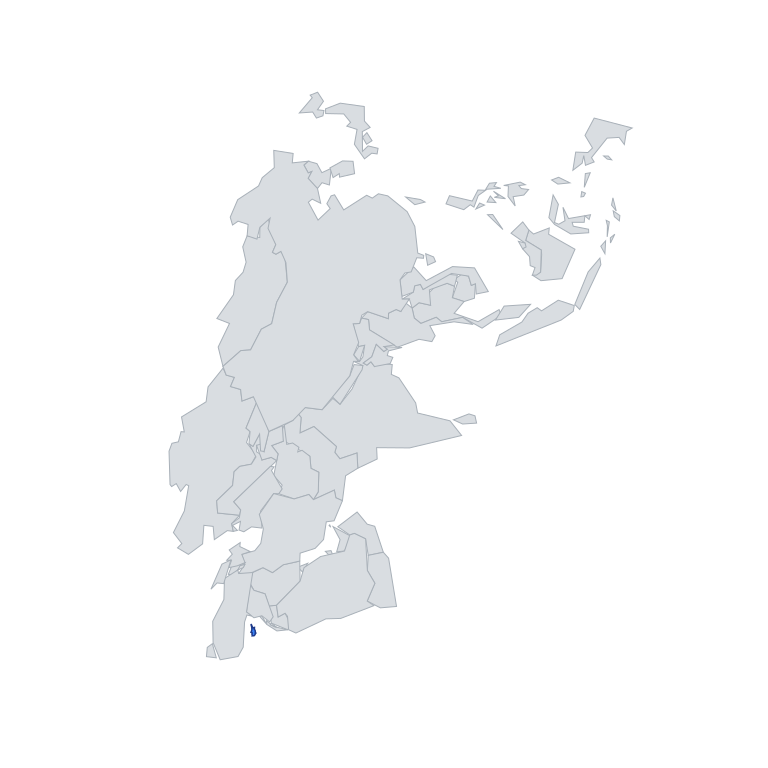 Cyprus highlighted on a map of Asia, rotated 282°
{"feature_id": "CYP", "entity_name": "Cyprus", "entity_type": "country or territory", "adm_level": 0, "iso_a3": "CYP", "parent_name": "Asia", "parent_adm1": "", "projection": "robinson", "projection_center": [33.299, 35.116], "detail": "fine", "context": "in_parent", "style": "filled", "palette": "blue", "viewbox_px": 768, "rotation_deg": 282, "n_neighbors": 45, "source": "natural_earth", "source_scale": "50m", "svg_char_len": 13645}
<svg xmlns="http://www.w3.org/2000/svg" viewBox="0 0 768 768"><g transform="rotate(282 384 384)"><path d="M366.1,223.3L359.9,227.8L359.4,236.3L349.6,234.4L348.8,244.9L337.8,248.6L344.4,258.9L342.5,263.8L312.2,258.2L309.6,262.9L298.2,261.7L287.9,273.9L278.0,270.9L273.4,260.0L267.0,255.6L253.3,257.0L235.0,244.6L223.2,248.1L225.6,270.0L215.8,264.0L208.5,267.2L208.0,261.2L196.5,250.4L209.2,246.5L208.3,237.2L189.9,239.8L176.7,228.1L180.8,216.1L185.9,219.4L194.9,208.9L218.3,215.1L243.9,214.1L244.6,211.4L236.6,207.4L243.4,201.5L239.5,197.6L241.2,195.6L273.6,187.7L281.9,188.9L284.7,194.9L295.2,195.4L295.6,198.6L309.7,192.8L329.6,213.7L344.6,212.5L366.1,223.3Z" fill="#d9dde1" stroke="#a8b0b8" stroke-width="1"/><path d="M225.6,270.0L223.2,248.1L235.0,244.6L253.3,257.0L267.0,255.6L273.4,260.0L278.0,270.9L286.0,273.9L297.6,264.3L295.7,268.8L309.2,272.7L303.7,277.0L297.9,276.5L297.5,272.1L291.2,273.5L288.4,280.6L284.3,280.4L288.8,288.9L286.8,295.0L237.6,261.5L231.1,270.0L225.6,270.0Z" fill="#d9dde1" stroke="#a8b0b8" stroke-width="1"/><path d="M687.8,534.3L686.0,573.5L681.6,568.6L668.2,569.3L674.1,562.7L670.9,551.1L648.6,539.9L644.9,543.4L639.8,535.6L649.0,531.9L641.2,531.9L632.3,524.3L650.7,523.3L652.8,535.3L658.2,538.9L669.0,528.9L687.8,534.3ZM601.0,572.2L597.8,579.7L592.5,580.3L595.6,574.5L601.0,572.2ZM650.6,560.1L650.4,555.6L652.7,551.4L653.6,556.0L650.6,560.1ZM564.7,493.7L561.8,499.1L571.0,513.2L564.7,513.9L555.5,542.8L524.1,536.3L517.7,516.1L521.3,506.5L525.9,513.9L543.4,511.3L547.7,510.0L553.9,492.7L564.7,493.7ZM618.0,539.0L631.7,537.2L633.5,541.8L618.0,539.0ZM612.5,541.4L608.9,540.3L607.9,537.7L613.3,537.4L612.5,541.4ZM618.4,505.5L622.5,511.8L619.4,524.0L615.7,512.5L618.4,505.5ZM581.0,510.7L604.1,510.1L596.0,517.2L577.4,517.2L576.6,521.7L581.3,527.1L594.1,522.3L584.2,530.1L592.5,550.8L587.6,550.4L590.3,545.5L583.8,546.2L581.3,534.4L577.7,536.3L577.9,551.9L574.5,552.8L569.6,535.5L575.5,517.7L581.0,510.7ZM578.5,578.6L569.0,576.2L574.0,575.0L578.5,578.6ZM574.3,571.7L585.4,569.6L590.3,567.3L589.4,570.7L574.3,571.7ZM563.8,567.4L570.1,571.0L557.4,573.0L563.8,567.4ZM501.5,554.1L536.1,560.4L552.1,569.0L545.9,571.3L497.6,559.9L501.5,554.1ZM488.3,522.9L502.2,537.0L500.3,553.8L494.4,554.0L483.4,544.0L444.5,485.6L456.2,487.0L473.3,506.0L483.2,510.2L490.5,518.0L488.3,522.9Z" fill="#d9dde1" stroke="#a8b0b8" stroke-width="1"/><path d="M601.5,575.2L606.3,569.4L613.7,569.2L601.5,575.2Z" fill="#d9dde1" stroke="#a8b0b8" stroke-width="1"/><path d="M128.0,318.2L123.8,326.7L123.6,341.0L120.2,330.6L124.4,319.4L128.0,318.2Z" fill="#d9dde1" stroke="#a8b0b8" stroke-width="1"/><path d="M131.9,312.7L124.5,319.3L131.1,310.3L131.9,312.7Z" fill="#d9dde1" stroke="#a8b0b8" stroke-width="1"/><path d="M126.7,323.5L123.6,329.8L124.8,322.7L126.7,323.5Z" fill="#d9dde1" stroke="#a8b0b8" stroke-width="1"/><path d="M126.7,323.5L143.0,317.6L145.2,324.9L134.1,328.9L139.2,334.9L129.5,342.8L123.6,341.0L126.7,323.5Z" fill="#d9dde1" stroke="#a8b0b8" stroke-width="1"/><path d="M210.0,372.6L222.6,373.4L233.9,363.8L228.2,383.1L212.4,380.1L210.0,372.6Z" fill="#d9dde1" stroke="#a8b0b8" stroke-width="1"/><path d="M206.0,369.5L205.5,365.2L208.1,361.4L210.0,366.8L206.0,369.5Z" fill="#d9dde1" stroke="#a8b0b8" stroke-width="1"/><path d="M186.8,337.6L192.8,346.7L183.2,343.4L186.8,337.6Z" fill="#d9dde1" stroke="#a8b0b8" stroke-width="1"/><path d="M145.2,324.9L143.0,317.6L154.0,311.3L155.1,299.7L162.3,293.5L172.3,294.8L179.2,303.8L176.3,314.1L186.3,323.1L193.3,338.4L173.7,342.9L145.2,324.9Z" fill="#d9dde1" stroke="#a8b0b8" stroke-width="1"/><path d="M229.2,381.9L234.8,368.5L253.2,384.3L243.4,396.7L242.9,404.5L219.3,418.3L213.1,404.2L228.7,398.2L231.7,386.1L229.2,381.9ZM234.9,360.2L232.8,361.7L234.2,359.7L234.9,360.2Z" fill="#d9dde1" stroke="#a8b0b8" stroke-width="1"/><path d="M481.3,445.2L482.6,432.9L498.8,435.0L500.9,430.9L507.3,437.1L507.1,444.3L498.6,448.9L501.1,452.6L486.7,454.6L481.3,445.2Z" fill="#d9dde1" stroke="#a8b0b8" stroke-width="1"/><path d="M494.3,432.7L482.6,432.9L481.3,445.2L467.7,437.9L464.5,463.0L480.7,481.1L475.6,484.3L459.0,468.3L465.5,447.0L456.9,427.5L460.1,421.2L450.9,407.5L454.8,399.9L464.1,395.7L470.8,401.4L470.7,413.2L481.5,408.4L489.9,413.7L495.6,424.8L494.3,432.7Z" fill="#d9dde1" stroke="#a8b0b8" stroke-width="1"/><path d="M505.7,433.1L494.3,432.7L495.6,424.8L485.5,408.8L470.7,413.2L470.8,401.4L464.1,395.7L472.4,391.1L470.8,384.2L480.0,393.6L486.4,393.6L489.0,398.9L484.6,402.6L504.5,422.8L505.7,433.1Z" fill="#d9dde1" stroke="#a8b0b8" stroke-width="1"/><path d="M464.1,395.7L454.8,399.9L450.9,407.5L460.1,421.2L456.9,427.5L465.5,447.0L460.8,458.8L459.4,439.6L450.6,416.7L441.8,424.0L435.4,422.0L435.0,408.9L422.7,389.3L433.9,358.6L443.8,355.5L443.8,348.4L451.4,353.0L448.8,374.7L454.2,373.7L459.4,380.4L458.4,385.4L468.5,387.0L464.1,395.7Z" fill="#d9dde1" stroke="#a8b0b8" stroke-width="1"/><path d="M491.2,455.5L501.1,452.6L498.6,448.9L507.1,444.3L506.2,427.1L484.6,402.6L489.0,398.9L486.4,393.6L480.0,393.6L473.4,383.3L489.2,378.0L504.7,388.8L493.9,403.8L513.1,426.6L516.4,448.4L496.1,466.8L491.2,455.5Z" fill="#d9dde1" stroke="#a8b0b8" stroke-width="1"/><path d="M586.2,263.6L585.6,272.6L577.8,279.3L584.0,287.6L567.3,289.2L568.0,281.5L561.4,278.3L563.8,274.4L569.4,267.0L576.8,269.1L574.7,266.0L581.5,260.1L586.2,263.6Z" fill="#d9dde1" stroke="#a8b0b8" stroke-width="1"/><path d="M575.3,291.3L584.2,286.2L593.6,297.1L595.4,307.4L583.6,311.5L577.1,297.5L580.5,296.5L575.3,291.3Z" fill="#d9dde1" stroke="#a8b0b8" stroke-width="1"/><path d="M367.8,222.8L385.7,214.1L411.1,220.3L413.3,206.9L440.0,218.2L454.3,217.1L464.0,222.9L474.5,223.8L488.8,217.3L500.5,219.3L501.5,232.0L511.5,230.0L522.2,236.0L497.8,249.2L489.6,247.5L488.5,251.3L492.3,255.6L487.3,260.7L463.5,268.3L441.5,262.0L419.7,261.6L412.1,252.6L389.6,246.4L386.9,237.0L367.8,222.8Z" fill="#d9dde1" stroke="#a8b0b8" stroke-width="1"/><path d="M443.8,348.4L443.8,355.5L433.9,358.6L424.3,385.9L420.6,376.3L418.7,380.2L415.6,377.1L421.1,368.2L408.1,366.4L400.2,359.4L398.9,363.4L403.0,366.6L399.1,371.1L402.4,372.7L404.8,388.0L394.9,389.2L393.1,397.3L372.1,418.9L362.6,422.9L361.7,456.2L349.8,470.6L326.8,422.3L320.2,390.0L309.2,392.9L296.2,375.9L310.9,371.9L301.7,356.4L306.9,350.1L312.9,350.5L327.8,324.3L318.6,312.0L334.0,309.9L338.1,304.9L344.6,311.9L346.0,328.8L359.3,336.9L355.0,345.2L372.5,353.8L397.6,359.5L399.8,349.5L401.1,355.4L406.1,357.7L417.8,357.0L415.3,351.4L436.5,341.3L438.1,347.5L443.8,348.4Z" fill="#d9dde1" stroke="#a8b0b8" stroke-width="1"/><path d="M420.6,376.3L423.5,394.1L417.3,381.5L412.5,381.3L411.9,387.1L405.3,385.8L399.1,371.1L403.0,366.6L398.9,363.4L400.2,359.4L408.1,366.4L421.1,368.2L415.6,377.1L418.7,380.2L420.6,376.3Z" fill="#d9dde1" stroke="#a8b0b8" stroke-width="1"/><path d="M415.3,351.4L417.8,357.0L401.1,355.4L406.2,348.2L415.3,351.4Z" fill="#d9dde1" stroke="#a8b0b8" stroke-width="1"/><path d="M396.8,350.7L397.6,359.5L393.3,359.6L355.0,345.2L361.2,335.4L384.8,348.8L396.8,350.7Z" fill="#d9dde1" stroke="#a8b0b8" stroke-width="1"/><path d="M338.1,304.9L334.0,309.9L318.6,312.0L327.8,324.3L312.9,350.5L306.9,350.1L301.7,356.4L310.9,371.9L296.2,375.9L286.3,365.5L261.2,367.6L262.7,360.6L269.9,357.5L256.2,339.0L264.9,342.1L284.1,338.6L286.3,330.1L297.9,326.5L307.3,298.8L323.2,295.0L329.5,302.5L338.1,304.9Z" fill="#d9dde1" stroke="#a8b0b8" stroke-width="1"/><path d="M271.5,295.2L293.6,294.9L300.4,286.9L307.1,297.4L313.4,292.9L323.2,295.0L304.7,301.4L307.3,306.9L304.4,313.9L299.6,313.7L302.1,317.7L297.9,326.5L286.3,330.1L284.1,338.6L264.9,342.1L256.2,339.0L260.3,333.5L252.9,320.0L254.8,303.9L263.9,305.4L271.5,295.2Z" fill="#d9dde1" stroke="#a8b0b8" stroke-width="1"/><path d="M286.8,295.0L288.8,288.9L284.3,280.4L297.5,272.1L299.9,276.4L293.0,280.7L313.7,281.3L322.0,293.3L307.1,297.4L300.4,286.9L293.6,294.9L286.8,295.0Z" fill="#d9dde1" stroke="#a8b0b8" stroke-width="1"/><path d="M297.6,264.3L309.6,262.9L312.2,258.2L342.5,263.8L313.7,281.3L293.0,280.7L292.9,277.2L309.2,272.7L295.7,268.8L297.6,264.3Z" fill="#d9dde1" stroke="#a8b0b8" stroke-width="1"/><path d="M208.5,267.2L215.8,264.0L223.1,270.3L231.1,270.0L237.6,261.5L279.8,290.0L280.1,293.7L276.0,291.9L260.2,306.2L254.8,303.9L253.9,298.9L234.1,289.7L217.7,294.6L216.7,284.1L210.3,277.6L211.0,272.6L219.8,272.2L214.2,265.2L210.3,271.1L208.5,267.2Z" fill="#d9dde1" stroke="#a8b0b8" stroke-width="1"/><path d="M193.3,338.4L186.3,323.1L176.3,314.1L179.2,303.8L169.3,290.0L168.4,281.3L178.6,285.4L187.8,280.3L194.1,292.3L202.5,296.6L217.3,296.1L230.6,289.1L253.9,298.9L252.9,320.0L260.3,333.5L256.2,339.0L269.9,357.5L262.7,360.6L261.2,367.6L239.8,363.6L237.2,356.2L219.3,357.2L208.9,350.8L201.1,337.1L193.3,338.4Z" fill="#d9dde1" stroke="#a8b0b8" stroke-width="1"/><path d="M127.5,321.6L131.9,312.7L128.3,305.4L132.4,296.9L160.2,294.5L155.1,299.7L154.0,311.3L133.2,324.0L127.5,321.6Z" fill="#d9dde1" stroke="#a8b0b8" stroke-width="1"/><path d="M180.4,285.2L166.0,276.3L165.4,271.3L175.1,273.0L180.4,285.2Z" fill="#d9dde1" stroke="#a8b0b8" stroke-width="1"/><path d="M172.3,294.8L132.4,296.9L129.5,302.9L129.5,297.9L122.3,297.1L97.3,301.0L87.1,297.9L80.2,281.1L95.5,270.6L116.3,265.8L139.9,272.2L160.6,268.4L171.7,279.6L168.4,281.3L172.3,294.8ZM80.4,267.0L89.6,265.9L94.3,270.1L81.3,276.9L80.4,267.0Z" fill="#d9dde1" stroke="#a8b0b8" stroke-width="1"/><path d="M372.4,473.3L371.8,479.6L365.0,482.7L361.2,469.2L363.4,459.4L372.4,473.3Z" fill="#d9dde1" stroke="#a8b0b8" stroke-width="1"/><path d="M514.4,409.0L509.2,402.0L520.1,397.7L518.6,406.1L514.4,409.0ZM313.7,281.3L344.4,258.9L337.8,248.6L348.8,244.9L349.6,234.4L359.4,236.3L359.9,227.8L367.8,222.8L386.9,237.0L389.6,246.4L412.1,252.6L419.7,261.6L441.5,262.0L463.5,268.3L482.4,262.8L492.3,255.6L488.5,251.3L489.6,247.5L497.8,249.2L512.1,238.2L522.6,238.1L511.5,230.0L499.3,229.6L500.5,219.3L511.8,217.9L512.9,207.4L508.0,202.8L515.2,198.9L533.9,202.6L551.6,220.1L560.5,222.0L572.8,231.7L589.6,227.6L590.6,247.2L581.2,248.3L586.2,263.6L581.5,260.1L574.7,266.0L576.8,269.1L569.4,267.0L561.4,278.3L547.6,284.5L549.9,275.3L546.1,272.2L530.6,285.4L544.4,294.9L548.5,290.6L557.0,293.1L558.8,296.3L545.9,308.4L565.0,327.8L563.4,333.9L568.9,339.0L568.8,348.6L557.4,370.8L544.5,381.4L519.1,389.8L518.1,396.1L515.2,396.5L514.3,389.8L499.3,387.3L496.9,381.3L489.2,378.0L470.8,384.2L472.4,391.1L458.4,385.4L459.4,380.4L454.2,373.7L448.8,374.7L451.4,353.0L446.7,348.0L438.1,347.5L436.5,341.3L419.3,350.6L406.2,348.2L400.8,354.2L399.8,349.5L384.8,348.8L346.0,328.8L344.6,311.9L329.5,302.5L313.7,281.3Z" fill="#d9dde1" stroke="#a8b0b8" stroke-width="1"/><path d="M571.4,366.3L572.0,381.4L570.5,386.3L565.8,376.8L571.4,366.3Z" fill="#d9dde1" stroke="#a8b0b8" stroke-width="1"/><path d="M178.9,266.8L186.0,271.0L189.5,267.1L199.0,276.3L195.0,276.8L192.3,287.9L187.8,280.3L180.4,285.2L175.7,278.4L172.1,270.4L179.6,271.5L178.9,266.8ZM178.6,285.4L175.2,284.6L171.7,279.6L176.4,281.0L178.6,285.4Z" fill="#d9dde1" stroke="#a8b0b8" stroke-width="1"/><path d="M147.3,257.4L174.1,262.9L180.2,270.8L155.4,268.7L154.7,262.1L147.3,257.4Z" fill="#d9dde1" stroke="#a8b0b8" stroke-width="1"/><path d="M579.9,445.1L574.3,437.5L580.9,439.9L579.9,445.1ZM590.5,464.3L589.5,453.1L591.9,456.8L595.3,451.0L590.5,464.3ZM603.1,459.8L609.8,475.3L608.3,480.8L606.1,474.7L603.7,477.7L604.3,485.0L597.9,481.5L594.1,471.4L585.4,475.3L593.2,466.3L603.6,464.5L603.1,459.8ZM572.4,455.1L559.8,468.2L571.1,450.1L572.4,455.1ZM581.8,408.9L581.3,432.3L593.3,435.6L594.6,443.1L588.0,437.0L575.7,435.2L577.3,431.1L571.1,425.8L573.1,407.2L581.8,408.9ZM584.7,455.7L583.4,447.0L590.0,448.9L584.7,455.7ZM602.3,445.4L604.4,452.1L600.2,450.5L599.7,457.6L595.6,443.0L602.3,445.4Z" fill="#d9dde1" stroke="#a8b0b8" stroke-width="1"/><path d="M469.7,479.7L485.2,485.3L492.4,510.8L477.2,502.0L469.7,479.7ZM564.7,493.7L553.9,492.7L547.7,510.0L525.9,513.9L522.2,510.5L521.3,506.5L529.3,507.5L530.2,502.4L538.8,499.9L545.1,491.4L551.2,492.6L557.9,476.9L571.4,486.0L564.7,493.7Z" fill="#d9dde1" stroke="#a8b0b8" stroke-width="1"/><path d="M551.5,485.8L551.2,492.6L547.6,494.5L545.1,491.4L551.5,485.8Z" fill="#d9dde1" stroke="#a8b0b8" stroke-width="1"/><path d="M649.6,282.8L651.3,307.0L637.1,310.2L632.1,317.1L626.4,310.3L607.1,314.6L613.6,319.0L613.3,329.2L607.6,329.4L607.2,324.0L600.2,318.1L612.3,305.2L627.4,304.7L628.5,294.0L633.0,296.9L639.8,288.5L636.4,270.7L641.0,269.6L649.6,282.8ZM649.1,254.3L651.2,251.7L655.6,258.4L648.0,266.0L638.4,261.9L639.0,268.4L633.6,268.5L630.1,262.6L635.2,257.7L631.5,244.8L649.1,254.3ZM614.9,317.1L620.9,311.7L626.3,315.0L619.5,321.7L614.9,317.1Z" fill="#d9dde1" stroke="#a8b0b8" stroke-width="1"/><path d="M213.1,404.2L219.3,418.3L214.6,424.7L169.0,442.5L164.3,427.0L168.2,412.7L187.2,416.5L198.1,406.5L213.1,404.2Z" fill="#d9dde1" stroke="#a8b0b8" stroke-width="1"/><path d="M123.8,341.8L136.7,337.9L139.2,334.9L134.1,328.9L145.2,324.9L173.7,342.9L187.8,344.0L202.1,357.9L212.4,380.1L229.2,381.9L231.7,386.1L228.7,398.2L198.1,406.5L187.2,416.5L168.2,412.7L165.1,420.2L145.7,390.4L142.2,376.0L122.1,349.6L123.8,341.8Z" fill="#d9dde1" stroke="#a8b0b8" stroke-width="1"/><path d="M118.9,307.6L119.0,307.9L118.5,308.0L117.9,308.1L117.6,308.0L117.3,308.0L116.4,309.0L115.9,309.3L115.3,309.5L114.7,309.7L114.4,309.7L114.1,309.8L113.9,310.0L113.9,310.3L113.5,310.4L113.3,310.0L113.1,309.9L112.5,310.0L112.2,310.0L111.3,309.6L111.0,309.5L110.8,309.2L110.4,308.1L110.3,307.4L110.7,307.5L111.1,307.3L111.6,306.9L112.0,306.8L112.3,306.8L112.6,306.9L113.2,306.8L113.4,306.2L113.5,305.5L114.4,305.7L115.3,305.8L116.1,305.8L116.8,305.7L119.1,305.0L119.7,304.6L120.1,304.4L120.8,304.1L121.6,303.9L121.1,304.3L118.5,306.1L118.3,306.6L118.4,307.0L118.8,307.5L118.9,307.6Z" fill="#3b82f6" stroke="#1e3a8a" stroke-width="1.5"/></g></svg>